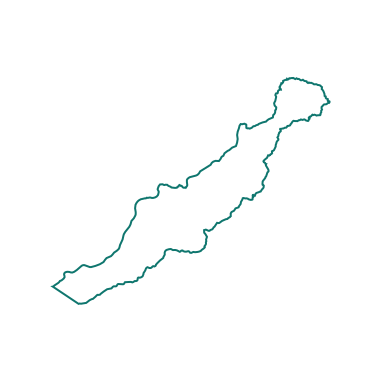 the district of Córdoba, Nariño, Colombia, rotated 110°
{"feature_id": "7082276B38923915219362", "entity_name": "Córdoba", "entity_type": "district", "adm_level": 2, "iso_a3": "COL", "parent_name": "Colombia", "parent_adm1": "Nariño", "projection": "mercator", "projection_center": [-77.448, 0.762], "detail": "fine", "context": "isolated", "style": "outline", "palette": "teal", "viewbox_px": 384, "rotation_deg": 110, "n_neighbors": 0, "source": "geoboundaries", "source_scale": "gbopen_adm2", "svg_char_len": 5987}
<svg xmlns="http://www.w3.org/2000/svg" viewBox="0 0 384 384"><g transform="rotate(110 192 192)"><path d="M61.3,93.6L60.3,93.5L60.0,93.7L59.8,93.9L60.0,95.5L59.6,95.8L58.3,96.1L58.2,97.9L57.7,98.6L56.5,99.0L56.4,100.2L54.5,101.1L52.3,103.0L51.1,104.7L50.9,105.3L49.0,105.7L48.6,107.0L48.1,107.7L48.1,109.3L48.4,110.3L48.2,112.0L49.1,114.1L48.8,115.1L48.6,117.2L49.2,118.6L49.1,119.6L49.9,120.2L49.6,121.4L48.8,122.2L49.2,124.4L48.6,126.2L49.4,127.0L49.8,128.0L49.2,130.3L49.7,131.5L49.4,132.6L50.6,133.6L50.2,135.7L50.5,136.0L50.4,136.3L51.1,137.9L51.5,138.3L51.7,139.1L52.2,139.2L52.5,140.1L53.4,140.2L53.7,140.5L53.9,141.0L53.5,141.5L54.3,141.6L54.7,142.7L55.6,143.4L56.1,144.2L56.4,144.4L57.8,143.9L58.9,144.3L59.1,145.1L59.7,144.8L60.2,145.3L61.7,145.3L62.7,145.5L63.2,145.3L63.5,145.6L64.4,145.2L64.9,143.8L65.4,143.5L65.6,144.3L67.0,145.5L67.8,145.7L69.6,145.3L70.1,145.5L70.3,146.2L70.7,146.8L71.8,146.9L72.6,146.7L73.5,145.6L74.1,145.4L78.0,144.9L79.9,145.2L80.7,145.1L82.5,143.9L83.6,141.8L85.1,141.4L85.8,141.3L86.2,141.6L87.1,141.7L88.3,141.2L89.5,141.1L90.9,141.4L91.9,142.0L94.3,141.5L97.5,144.9L99.1,145.9L100.5,146.5L102.5,149.5L104.8,152.1L105.4,152.7L106.1,152.9L107.3,154.5L108.6,155.5L109.2,156.8L111.2,157.8L112.7,159.4L112.7,160.2L113.3,161.9L113.1,162.9L110.2,164.0L110.0,164.3L110.1,165.0L109.9,165.5L109.9,166.1L111.2,168.1L111.5,169.5L113.3,170.0L116.3,169.7L119.7,169.7L123.0,169.1L126.6,167.2L130.3,166.5L133.8,166.4L136.5,169.4L139.9,171.3L141.2,172.6L144.5,174.7L147.2,174.9L148.8,176.2L151.3,176.5L153.7,177.3L154.7,180.6L156.2,182.4L157.9,183.4L160.1,183.8L169.8,191.4L172.1,191.8L174.0,192.7L175.2,193.9L178.8,199.1L179.9,200.0L181.5,200.8L182.5,200.9L184.4,200.2L186.9,198.9L187.7,198.7L190.1,199.3L189.9,199.8L190.5,200.4L190.8,201.2L190.8,201.9L190.6,202.6L190.0,203.3L189.8,204.2L190.1,204.8L189.8,205.4L189.7,206.2L190.5,206.6L191.5,206.6L192.0,207.4L192.8,207.4L193.5,208.3L194.0,209.5L194.8,212.9L194.4,213.8L194.3,216.3L193.7,217.8L194.3,219.5L194.9,220.3L195.0,221.1L194.8,222.2L195.8,224.6L197.9,225.3L200.7,225.3L201.4,225.1L202.9,223.5L203.7,223.2L206.4,222.9L208.3,223.6L209.7,224.8L210.8,226.4L211.3,227.7L211.5,229.6L212.7,231.6L212.8,232.5L213.8,233.2L214.0,234.0L216.4,237.7L218.2,239.2L219.6,239.9L221.2,240.4L223.3,240.7L226.8,239.9L230.2,238.0L232.2,237.3L233.4,237.2L236.7,237.7L239.9,239.0L243.5,238.7L246.1,239.0L252.3,241.1L255.0,241.6L256.5,241.5L260.3,241.0L266.5,241.5L269.1,241.2L270.7,241.4L273.0,242.6L275.6,244.5L278.1,245.3L280.0,246.2L283.3,249.7L285.4,250.5L288.1,251.2L291.4,253.9L294.5,257.5L297.1,261.2L297.5,262.3L297.5,267.3L297.6,268.5L298.2,269.6L299.0,270.4L304.6,273.5L307.3,275.4L308.6,276.9L309.0,278.2L309.1,280.1L309.7,282.1L310.8,283.6L312.2,284.2L313.5,283.9L314.5,283.1L315.7,282.6L317.3,283.0L319.7,284.4L320.8,285.7L322.1,286.0L323.2,286.6L327.0,289.4L328.1,289.9L328.5,290.5L335.9,260.3L335.3,259.6L334.9,258.0L332.4,253.5L328.7,251.2L327.0,249.6L326.4,248.6L323.2,246.8L321.8,246.2L321.0,245.7L320.8,244.9L320.0,243.4L318.8,242.9L315.8,241.0L312.4,238.5L310.1,234.7L308.2,234.0L307.4,233.3L306.8,231.5L306.3,230.8L304.1,230.3L303.6,229.6L302.3,225.3L301.9,224.7L301.1,224.4L299.8,224.2L299.5,223.7L297.5,219.0L297.3,218.1L297.4,217.3L296.7,216.4L295.3,215.4L294.8,214.1L294.2,213.4L293.4,213.1L291.5,213.5L290.9,213.3L290.6,212.9L290.4,211.8L289.8,210.9L288.9,210.1L288.1,209.6L286.0,209.5L284.8,209.8L281.8,209.1L279.8,209.1L278.7,208.8L277.9,208.1L278.0,206.1L277.6,204.9L276.9,204.2L275.3,203.5L274.8,202.6L274.9,202.0L274.2,201.2L273.6,200.9L272.6,201.0L270.8,200.3L267.2,198.6L263.9,196.5L262.7,196.6L260.2,196.2L258.5,196.9L257.2,197.0L256.0,196.7L255.0,195.9L253.6,194.0L252.8,192.4L253.1,190.1L252.2,187.9L252.0,186.2L252.4,183.1L251.9,182.5L251.0,182.2L250.4,181.5L250.2,180.8L250.6,180.0L250.5,178.3L250.1,177.1L248.9,175.3L248.9,174.3L249.7,173.0L249.6,172.4L249.4,171.8L247.9,170.3L247.5,168.5L246.6,166.6L245.7,165.1L244.4,163.6L243.1,163.1L241.1,161.7L239.8,161.1L239.4,161.1L239.1,161.6L238.6,161.7L236.6,161.1L235.7,161.2L234.4,161.8L233.4,161.7L231.9,162.5L229.0,162.6L226.9,165.1L226.1,166.6L223.7,167.6L222.6,166.1L222.8,163.2L222.4,162.2L221.4,161.7L220.4,160.4L219.2,159.8L217.8,159.6L217.0,159.0L212.4,157.9L212.1,156.3L211.7,155.7L208.9,153.9L206.1,151.0L205.2,149.5L204.2,149.1L202.5,147.7L201.9,147.6L201.5,147.3L198.9,148.3L197.3,148.0L195.2,146.1L192.5,145.5L190.5,143.0L189.4,143.0L186.6,142.2L184.6,142.6L181.8,142.1L180.5,142.2L180.1,141.7L179.7,139.3L179.3,138.6L179.2,137.2L179.5,136.4L179.4,134.8L179.3,134.0L178.7,132.9L178.3,132.6L176.4,133.1L176.0,132.8L174.9,133.7L174.0,133.8L173.8,133.5L174.3,132.8L174.2,131.7L173.3,131.6L172.7,131.8L170.9,131.2L169.2,129.0L168.5,128.5L168.2,127.7L165.3,127.0L164.4,126.5L163.3,126.3L161.5,126.7L160.8,127.8L161.0,128.1L160.5,128.5L157.9,129.2L156.9,129.0L153.9,128.0L153.0,128.1L152.0,127.7L147.7,127.8L146.9,127.3L146.1,127.2L144.8,128.0L141.8,131.6L141.0,132.0L140.4,131.9L140.5,132.5L139.7,133.2L139.4,134.7L139.0,134.9L138.6,135.4L137.1,134.9L134.2,133.2L131.5,133.0L131.4,132.0L131.0,131.9L130.6,131.2L129.7,131.1L129.0,130.3L128.1,130.0L127.5,130.4L126.4,130.8L125.9,130.5L125.4,129.7L124.6,129.3L120.7,128.9L119.2,129.4L117.5,129.4L116.4,129.6L115.2,129.4L113.4,128.7L112.5,129.1L111.5,130.4L109.7,130.0L108.5,130.4L107.0,130.2L106.4,130.4L104.6,129.4L103.9,129.6L102.9,130.7L102.5,130.7L102.2,129.8L101.4,128.7L101.0,127.8L99.7,126.6L99.4,125.6L98.7,125.2L97.3,124.9L96.8,123.8L95.8,122.6L94.4,122.5L93.6,122.0L92.9,122.0L91.2,121.5L90.4,121.0L90.1,119.4L89.3,117.1L88.1,116.3L87.7,115.4L86.6,114.5L86.5,112.9L85.4,111.4L85.4,110.6L85.8,109.4L85.6,107.3L85.2,107.0L84.1,107.0L83.3,106.7L82.7,107.5L82.1,107.7L81.7,107.5L81.6,106.8L80.9,107.0L80.2,106.1L78.2,105.3L78.3,104.5L77.5,103.4L77.4,102.1L77.6,101.2L76.9,100.1L76.0,97.9L75.4,97.7L74.3,98.1L72.9,97.8L71.5,98.4L70.1,98.0L69.2,98.8L67.9,99.3L64.7,98.0L64.1,97.0L63.8,96.1L63.2,95.5L61.9,94.7L61.3,93.6Z" fill="none" stroke="#0f766e" stroke-width="2"/></g></svg>